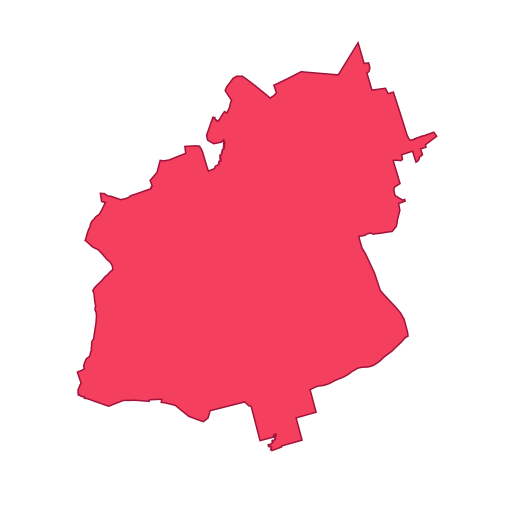 outline of Balgales pag., Talsi, Latvia, rotated 81°
{"feature_id": "27541924B95620316130536", "entity_name": "Balgales pag.", "entity_type": "district", "adm_level": 2, "iso_a3": "LVA", "parent_name": "Latvia", "parent_adm1": "Talsi", "projection": "mercator", "projection_center": [22.867, 57.183], "detail": "fine", "context": "isolated", "style": "filled", "palette": "rose", "viewbox_px": 512, "rotation_deg": 81, "n_neighbors": 0, "source": "geoboundaries", "source_scale": "gbopen_adm2", "svg_char_len": 5864}
<svg xmlns="http://www.w3.org/2000/svg" viewBox="0 0 512 512"><g transform="rotate(81 256 256)"><path d="M138.6,294.7L137.7,298.8L136.6,309.1L143.6,309.4L146.2,320.9L147.6,326.8L147.6,332.1L146.6,335.7L158.0,340.7L164.8,348.8L168.9,347.9L170.9,347.7L171.5,349.0L173.0,348.9L175.9,364.5L176.6,369.1L177.2,371.2L177.9,371.7L178.8,374.8L179.2,380.8L174.4,389.8L173.4,393.2L170.7,395.9L169.7,399.9L178.0,400.0L179.6,396.4L187.0,401.6L190.5,404.5L191.7,407.3L193.5,409.5L194.8,410.9L196.0,412.7L198.7,414.5L201.0,415.3L203.9,417.3L206.8,418.9L212.8,421.6L213.7,422.4L217.2,419.4L221.0,416.5L222.3,415.0L224.0,412.5L224.8,411.2L227.5,409.1L236.2,403.7L239.4,400.9L243.5,399.4L247.2,399.7L247.9,401.1L249.4,403.3L251.2,405.4L252.7,408.1L256.3,412.4L260.5,418.4L262.0,420.3L264.5,422.6L267.8,421.9L276.3,422.4L280.3,422.2L280.3,422.4L283.9,423.5L287.3,422.6L288.3,422.9L290.6,422.9L292.1,423.4L296.4,424.3L309.6,428.5L312.6,429.3L313.3,430.3L315.3,431.7L320.3,432.7L320.9,433.1L322.9,433.2L325.3,434.5L328.4,435.6L329.7,437.1L330.7,439.2L331.9,440.4L333.2,441.1L335.3,442.5L335.8,442.4L337.6,443.5L340.4,443.1L341.5,445.4L342.4,449.4L342.8,450.6L353.8,448.7L355.5,449.6L356.2,450.3L357.3,450.7L360.4,452.8L361.4,452.7L362.7,453.2L365.6,453.2L365.2,452.1L366.3,451.7L366.9,451.1L367.6,450.0L367.9,448.4L367.9,447.8L368.1,447.7L368.8,448.0L369.1,448.0L369.1,447.7L369.4,447.8L369.7,447.6L370.2,446.4L370.2,445.9L370.5,445.2L370.6,444.6L370.8,444.4L372.2,441.8L373.7,439.2L381.4,424.9L380.3,420.6L378.9,414.0L377.9,409.5L379.0,402.6L379.0,402.0L379.2,400.0L379.9,396.5L382.8,384.2L381.4,383.6L382.7,371.6L385.8,372.5L386.8,368.7L391.0,358.9L396.0,354.6L402.6,348.6L403.9,347.5L410.4,335.9L411.4,333.9L408.5,328.7L401.6,325.5L398.4,290.2L400.5,288.3L402.8,286.6L403.0,286.1L403.7,284.3L439.0,280.9L437.6,267.0L436.3,266.9L434.7,265.2L435.0,264.9L435.2,264.4L435.7,264.1L435.7,263.9L435.9,263.8L436.5,264.4L437.0,264.6L436.7,265.0L437.0,265.4L437.5,265.2L437.8,265.4L437.7,265.6L437.1,265.8L436.9,266.0L437.8,266.5L439.1,265.8L439.5,265.8L439.8,265.4L440.1,265.4L440.3,265.7L440.6,266.8L440.8,267.3L440.9,267.9L440.6,268.3L440.7,268.7L441.0,269.1L441.4,269.1L441.7,268.5L441.9,268.5L442.0,268.2L442.5,268.2L442.8,268.5L443.0,268.9L443.2,269.2L443.3,269.7L443.3,270.0L444.3,270.9L444.2,271.9L444.5,272.4L444.7,272.2L444.9,272.3L445.0,272.7L444.9,273.0L444.4,273.1L444.5,273.6L444.9,273.6L446.3,273.1L446.9,271.6L446.9,271.2L447.0,271.1L446.7,270.7L447.8,270.4L448.5,271.0L448.8,271.5L449.6,271.9L449.7,271.3L450.7,270.8L448.7,260.7L447.6,260.3L445.1,239.3L422.2,241.7L420.8,230.5L419.7,221.1L396.5,223.5L395.0,218.7L394.4,216.3L394.2,215.2L394.4,209.2L393.9,205.9L393.3,203.1L391.3,197.3L390.4,193.7L389.3,188.6L387.2,183.1L385.4,179.9L383.0,173.8L382.6,172.1L382.5,169.9L382.6,167.0L383.1,163.3L383.1,162.6L383.0,160.6L382.3,156.8L380.4,152.6L378.8,149.5L376.5,146.5L374.6,143.1L371.4,136.9L367.0,130.7L363.9,126.1L360.7,122.3L359.9,121.1L359.4,119.9L359.0,118.4L355.1,118.2L341.7,119.6L335.0,122.1L328.8,125.8L312.7,136.7L309.2,138.7L291.4,141.6L270.6,147.6L264.9,150.0L257.9,150.9L252.7,151.4L252.7,145.0L251.6,143.5L251.3,139.0L252.7,137.0L253.0,127.7L252.9,120.5L253.0,120.3L253.1,117.7L248.7,112.8L244.9,111.3L243.1,110.9L233.5,106.8L226.5,106.9L225.1,100.1L223.4,100.3L223.7,102.5L218.0,109.2L212.7,109.6L209.7,108.6L207.0,102.4L183.2,105.6L182.9,105.0L184.4,97.8L183.5,96.2L178.8,96.3L177.7,89.5L177.0,85.0L188.4,83.3L187.5,81.3L186.0,79.9L183.9,79.0L182.1,75.7L176.0,76.7L175.8,75.9L175.2,71.1L172.6,71.2L166.0,58.8L161.5,61.0L162.6,66.4L162.6,66.9L162.8,68.1L163.6,71.1L163.4,72.4L165.0,81.0L165.4,80.9L165.9,85.1L165.9,85.4L163.9,86.8L159.7,88.0L141.8,90.6L132.6,92.0L115.6,94.7L116.3,100.1L110.6,101.9L110.3,114.9L110.4,115.5L94.4,117.6L92.4,117.7L92.2,117.2L92.1,116.8L91.6,115.7L88.6,114.2L85.5,114.2L82.8,114.6L82.8,118.4L82.7,119.1L61.3,121.8L82.5,140.0L87.4,144.1L90.0,146.5L89.6,147.3L89.7,147.5L81.8,179.8L81.0,182.2L82.6,187.5L85.3,195.4L90.1,211.6L97.7,210.4L98.3,210.4L100.2,213.1L100.9,214.2L101.0,215.1L101.5,215.7L102.3,217.2L95.0,223.6L94.9,223.6L94.7,223.9L87.7,230.2L80.1,237.5L76.4,241.3L75.4,246.9L75.5,247.2L76.9,250.8L84.4,258.5L87.8,260.6L98.7,255.7L99.5,256.5L100.0,256.9L105.2,259.0L106.7,259.9L109.2,261.9L110.2,262.5L108.4,264.6L111.9,267.8L114.9,270.3L116.4,272.0L116.6,272.0L116.5,272.6L116.6,272.8L116.5,273.0L116.1,273.5L115.7,273.7L115.7,273.9L115.9,274.0L115.7,274.1L115.2,274.3L114.7,274.9L114.2,275.0L113.2,275.0L113.4,275.3L113.2,275.4L113.0,275.5L112.8,275.9L112.9,276.1L112.6,276.2L112.6,276.5L112.2,276.7L112.5,277.0L128.9,285.9L132.5,285.8L134.0,285.6L138.5,280.2L138.1,272.3L136.0,269.9L136.1,269.7L136.4,269.8L136.7,269.5L137.4,269.7L138.0,269.5L138.1,270.1L138.7,270.0L138.5,269.7L138.8,269.7L139.0,270.1L139.6,270.3L139.8,270.1L139.6,269.9L139.9,269.6L139.7,269.3L140.2,269.1L140.3,269.4L140.2,269.6L140.4,270.2L140.6,270.0L141.1,270.5L141.5,270.4L141.4,270.2L141.6,270.1L141.8,270.5L142.4,270.9L142.7,270.5L142.8,270.2L143.2,269.9L143.3,270.3L143.1,270.4L143.9,270.9L144.0,271.3L144.5,271.4L144.8,270.8L145.3,271.0L145.5,271.3L145.5,272.1L145.6,272.4L145.7,272.6L146.2,272.6L146.9,272.9L147.2,272.9L147.5,273.0L147.4,273.3L147.6,273.4L147.9,273.1L148.3,273.1L148.8,273.3L149.2,273.7L149.1,274.0L149.5,274.1L150.0,274.2L150.7,274.6L150.7,274.9L151.0,275.2L150.8,275.5L151.2,275.6L151.3,275.9L151.5,275.8L151.6,276.0L152.1,275.7L152.4,275.6L152.3,275.8L152.5,276.0L153.4,275.6L153.6,275.7L153.7,276.0L153.9,275.8L154.1,276.2L154.7,276.0L154.9,276.2L155.0,276.1L154.9,275.9L155.2,275.7L155.4,275.9L155.7,275.9L156.0,276.3L156.1,276.0L156.0,275.7L156.4,275.7L156.8,275.9L156.6,276.1L156.7,277.3L156.6,277.5L156.9,277.6L157.4,278.1L157.7,278.1L158.0,278.4L158.5,278.3L159.7,278.2L161.0,282.2L163.2,283.4L164.7,289.7L160.9,290.4L145.7,292.4L142.7,293.0L138.6,294.7Z" fill="#f43f5e" stroke="#9f1239" stroke-width="1.5"/></g></svg>